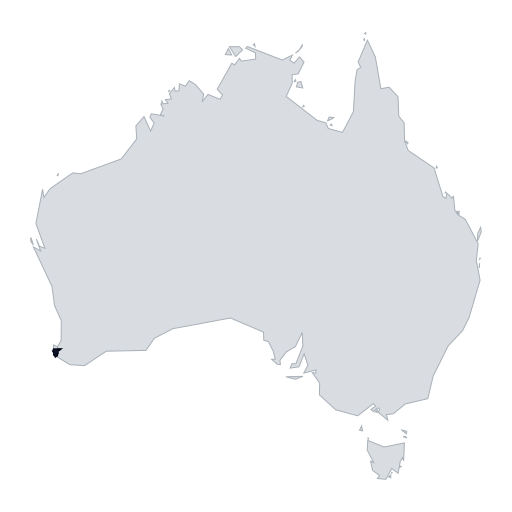 location of Augusta Margaret River, Western Australia, Australia
{"feature_id": "25037944B11828737752872", "entity_name": "Augusta Margaret River", "entity_type": "district", "adm_level": 2, "iso_a3": "AUS", "parent_name": "Australia", "parent_adm1": "Western Australia", "projection": "natural_earth1", "projection_center": [115.105, -34.115], "detail": "fine", "context": "in_parent", "style": "filled", "palette": "ink", "viewbox_px": 512, "rotation_deg": 0, "n_neighbors": 0, "source": "geoboundaries", "source_scale": "gbopen_adm2", "svg_char_len": 5234}
<svg xmlns="http://www.w3.org/2000/svg" viewBox="0 0 512 512"><path d="M375.3,56.8L380.9,88.7L389.1,87.2L398.0,96.7L398.8,116.2L404.1,122.9L404.6,141.1L408.2,150.5L434.1,168.0L443.0,196.8L445.9,198.3L446.8,193.1L452.3,198.4L453.4,195.8L454.9,210.4L458.0,214.8L465.3,219.3L478.2,243.9L476.3,260.4L480.1,280.2L469.2,317.2L462.6,330.6L448.2,345.9L433.2,376.0L427.8,398.6L405.2,404.0L393.3,413.8L386.4,414.6L387.8,420.2L377.9,412.0L379.6,410.2L379.1,408.2L377.2,408.1L373.3,411.6L370.9,409.5L375.5,406.1L373.4,403.6L357.7,415.8L335.7,409.8L319.4,394.9L319.7,383.2L312.3,372.6L315.8,373.1L315.9,369.9L303.8,373.1L307.9,365.2L304.1,353.8L299.0,366.8L290.1,368.1L291.8,363.8L295.9,363.7L302.9,345.9L302.2,332.5L295.4,346.6L286.3,351.9L279.9,360.4L280.5,364.6L277.0,364.1L271.6,359.3L275.2,359.3L273.2,351.0L268.3,341.6L263.8,340.3L263.5,332.1L230.4,318.0L172.8,328.7L154.3,338.3L146.0,350.4L106.3,351.2L84.6,365.6L70.0,364.7L53.7,354.9L53.5,345.0L57.5,346.7L61.1,340.7L61.3,320.7L54.5,305.5L52.0,286.5L33.4,246.9L40.7,251.1L36.3,239.0L39.4,246.2L44.9,248.3L35.9,223.5L42.6,189.3L43.9,197.4L50.3,188.5L72.8,172.9L80.7,173.8L121.3,158.9L136.7,138.9L135.9,125.9L144.0,116.6L150.6,131.1L154.2,123.0L149.9,117.3L151.3,113.8L164.5,116.1L160.3,114.8L163.1,109.0L160.8,104.0L167.9,103.3L165.4,99.6L171.3,99.0L169.4,93.6L174.5,87.5L174.9,91.2L179.0,90.7L179.4,83.8L185.3,86.2L189.2,80.7L195.4,84.5L203.7,94.1L202.1,101.8L208.0,94.4L220.0,99.3L222.5,95.1L217.2,89.3L231.8,63.2L234.6,64.9L239.5,58.4L241.2,61.1L255.7,59.1L255.4,52.8L245.7,48.2L247.4,46.5L282.2,60.0L292.4,55.1L289.9,60.2L294.1,63.1L299.5,56.9L304.0,62.1L298.2,73.8L292.1,74.8L292.2,83.2L286.2,96.4L317.2,120.4L325.8,122.8L328.3,128.5L342.5,132.4L353.4,111.7L355.1,81.4L357.0,70.0L360.7,67.3L358.1,62.1L367.4,40.2L375.3,56.8ZM367.8,440.4L383.9,447.0L404.4,442.9L403.6,460.9L402.6,457.6L400.2,461.5L398.2,473.3L391.7,468.5L385.9,479.3L377.4,478.5L379.5,475.4L372.5,470.3L370.6,461.1L373.7,462.7L367.2,450.0L367.8,440.4ZM229.3,46.7L239.4,46.7L242.5,49.9L235.7,56.5L229.3,46.7ZM285.9,376.8L303.0,376.3L295.5,379.2L285.9,376.8ZM300.9,81.5L302.8,88.0L296.5,86.9L297.6,82.3L300.9,81.5ZM477.5,241.1L477.7,233.6L480.6,227.4L481.3,231.9L477.5,241.1ZM401.2,429.8L406.7,431.3L406.5,433.8L401.2,429.8ZM228.3,48.6L231.7,55.0L225.3,54.6L228.3,48.6ZM362.6,430.9L359.5,430.2L361.6,425.9L362.6,430.9ZM333.8,117.6L330.7,119.6L327.6,120.7L329.2,117.0L333.8,117.6ZM33.4,245.1L30.9,241.5L30.7,238.1L31.1,238.0L33.4,245.1ZM405.0,436.3L407.0,438.0L403.0,436.6L405.0,436.3ZM456.9,211.4L459.2,211.4L459.0,214.6L456.9,211.4ZM405.4,140.8L408.1,142.8L407.5,143.9L405.4,140.8ZM390.8,474.9L390.7,477.8L388.6,476.9L390.8,474.9ZM479.6,263.2L479.5,267.3L479.2,267.3L479.6,263.2ZM255.0,46.4L253.4,44.6L254.5,43.7L255.0,46.4ZM302.0,46.7L299.4,50.0L302.5,44.3L302.0,46.7ZM480.4,258.3L479.2,259.7L480.0,258.2L480.4,258.3ZM304.2,106.3L302.8,106.9L303.6,105.4L304.2,106.3ZM295.9,81.3L294.2,81.7L295.3,79.6L295.9,81.3ZM58.5,173.1L57.9,175.7L57.2,175.5L58.5,173.1ZM364.5,38.7L364.4,41.0L363.7,39.3L364.5,38.7ZM377.1,409.2L377.4,410.5L376.9,410.1L377.1,409.2ZM298.8,50.9L295.4,53.1L298.9,50.3L298.8,50.9ZM169.6,90.4L168.4,92.0L169.2,90.2L169.6,90.4ZM392.2,472.8L391.1,473.4L391.8,472.3L392.2,472.8ZM332.1,125.4L330.3,125.3L331.3,124.0L332.1,125.4ZM162.7,102.2L161.8,103.1L161.8,101.0L162.7,102.2ZM401.1,466.6L399.5,467.5L400.1,465.9L401.1,466.6ZM365.8,32.7L365.5,34.2L364.6,33.5L365.8,32.7ZM376.1,411.0L377.4,412.3L375.1,411.9L376.1,411.0ZM437.3,167.9L436.1,168.0L436.7,166.2L437.3,167.9ZM445.7,192.9L445.1,192.9L445.7,191.5L445.7,192.9ZM368.7,438.2L368.2,439.3L367.9,438.0L368.7,438.2Z" fill="#d9dde1" stroke="#a8b0b8" stroke-width="1"/><path d="M53.6,349.1L53.6,349.3L53.6,349.5L53.4,349.7L53.4,349.8L53.5,350.2L53.5,350.3L53.5,350.5L53.5,350.8L53.5,351.0L53.4,351.0L53.5,351.1L53.4,351.2L53.5,351.2L53.5,351.3L53.5,351.5L53.6,351.8L53.6,352.0L53.6,352.3L53.6,352.5L53.5,352.8L53.6,353.0L53.8,353.3L53.9,353.6L54.0,353.9L54.0,354.1L54.0,354.4L53.9,354.5L54.0,354.6L53.9,354.8L53.9,355.0L54.0,355.0L54.3,355.4L54.4,355.5L54.5,355.6L54.6,355.8L54.8,356.0L55.0,356.2L55.0,356.3L55.1,356.5L55.2,356.4L55.2,356.5L55.2,356.4L55.2,356.5L55.2,356.4L55.3,356.5L55.3,356.4L55.3,356.5L55.4,356.3L55.4,356.2L55.5,356.2L55.4,356.1L55.5,356.0L55.5,355.9L55.4,355.9L55.4,355.7L55.2,355.5L55.2,355.4L55.3,355.4L55.3,355.5L55.3,355.4L55.3,355.5L55.4,355.4L55.3,355.2L55.5,355.1L55.4,355.2L55.5,355.3L55.5,355.2L55.8,355.2L55.8,355.3L55.7,355.3L55.6,355.5L55.4,355.5L55.4,355.8L55.5,355.8L55.7,355.7L55.9,355.7L56.0,355.7L56.5,355.6L57.0,355.7L57.3,355.7L57.3,355.3L57.3,354.8L57.3,353.7L57.6,353.7L57.8,353.6L58.0,353.6L58.0,353.4L58.0,353.2L58.0,352.9L58.0,352.7L57.9,352.6L57.9,352.4L58.0,352.3L58.0,352.2L57.9,352.1L57.9,351.9L57.9,351.7L58.0,351.4L58.1,351.2L58.2,350.9L58.2,350.4L58.9,350.4L59.3,350.4L59.5,350.3L60.6,349.2L60.9,349.0L60.6,349.0L60.6,348.9L59.1,348.9L58.0,348.9L58.0,349.0L57.9,349.0L57.7,349.2L57.3,349.2L57.3,349.3L57.2,349.3L57.2,349.2L57.1,349.3L56.9,349.4L56.9,349.1L56.2,349.1L55.6,349.1L55.4,349.1L54.8,349.1L54.7,349.0L54.4,349.1L54.2,349.1L53.7,349.1L53.6,349.1ZM55.8,356.9L55.7,356.9L55.8,356.9L55.8,356.9ZM55.4,355.4L55.5,355.4L55.4,355.4L55.4,355.4Z" fill="#0f172a" stroke="#020617" stroke-width="1.5"/></svg>